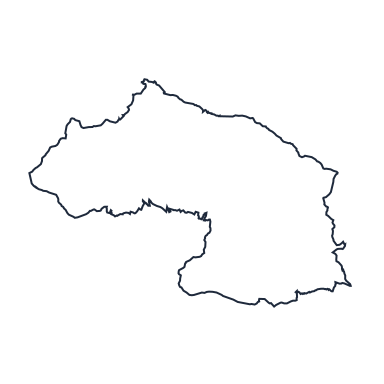 Seica Mare, Sibiu, Romania, rotated 3°
{"feature_id": "2599482B70299746914609", "entity_name": "Seica Mare", "entity_type": "district", "adm_level": 2, "iso_a3": "ROU", "parent_name": "Romania", "parent_adm1": "Sibiu", "projection": "albers", "projection_center": [24.21, 46.002], "detail": "fine", "context": "isolated", "style": "outline", "palette": "slate", "viewbox_px": 384, "rotation_deg": 3, "n_neighbors": 0, "source": "geoboundaries", "source_scale": "gbopen_adm2", "svg_char_len": 6051}
<svg xmlns="http://www.w3.org/2000/svg" viewBox="0 0 384 384"><g transform="rotate(3 192 192)"><path d="M337.7,283.8L338.7,280.0L340.0,278.2L339.9,277.3L340.5,276.1L340.0,275.3L339.9,274.5L344.1,275.8L346.0,275.6L346.8,275.0L348.9,275.3L354.7,277.5L355.4,277.4L354.7,275.7L350.6,272.5L349.5,270.8L349.4,267.3L348.5,265.6L348.0,263.6L347.3,262.7L347.0,261.4L346.6,261.1L346.2,262.0L345.8,261.0L345.7,259.2L345.2,257.7L342.0,254.5L339.9,253.6L339.6,252.0L339.7,247.9L338.4,246.3L335.7,245.0L339.4,241.8L340.6,241.2L344.3,240.8L345.0,241.1L345.8,240.8L347.6,237.9L347.7,236.3L347.2,236.7L345.5,233.8L344.2,235.3L342.1,237.0L339.3,237.5L335.9,233.3L335.7,232.0L334.5,229.6L334.2,228.3L334.7,226.8L334.8,223.5L334.1,221.7L336.0,219.7L336.0,217.9L334.5,216.3L333.9,215.2L334.6,212.7L332.6,211.7L329.3,208.8L327.3,207.7L327.3,205.0L328.2,203.3L328.1,202.0L328.6,200.5L328.2,199.8L326.8,199.5L324.8,197.5L324.9,195.8L323.4,191.3L323.6,190.9L326.1,190.1L329.2,187.1L330.7,184.8L332.6,174.6L332.7,171.5L334.2,168.1L335.3,166.5L336.2,166.1L336.4,165.1L335.4,164.2L332.1,163.4L329.2,162.1L324.8,161.7L323.2,162.0L321.9,161.6L320.0,157.8L318.6,156.3L316.6,155.1L315.4,154.9L313.6,153.0L309.7,150.9L302.9,149.9L302.1,150.6L300.0,151.5L297.4,150.4L296.2,147.8L296.1,147.0L294.1,145.0L294.2,143.4L290.5,140.0L290.0,139.0L287.9,138.5L287.3,137.9L285.9,138.2L280.6,136.9L278.3,134.6L278.0,133.6L273.4,131.2L271.6,129.4L269.2,127.6L265.7,126.0L264.9,124.9L263.8,124.5L262.6,123.4L262.3,122.7L259.2,122.6L256.1,119.9L253.2,119.8L251.4,118.9L249.3,115.4L248.7,114.9L246.2,115.4L241.8,113.7L238.1,113.1L234.7,113.5L231.4,113.2L228.8,114.5L215.2,114.9L215.3,114.5L214.6,114.8L213.7,114.4L212.3,114.5L210.2,113.4L207.4,113.0L207.4,112.4L204.9,112.2L204.0,111.2L203.4,112.1L202.7,111.5L202.7,111.0L201.8,109.8L200.9,109.4L198.8,111.3L198.9,110.0L197.8,108.6L194.9,106.2L192.2,105.6L191.7,105.0L190.1,105.1L189.4,104.4L188.6,104.0L180.5,103.0L178.9,102.3L176.6,100.4L175.3,100.1L173.3,98.5L172.8,97.6L170.9,96.7L167.8,96.1L165.4,96.4L158.9,95.1L158.6,94.5L159.5,93.6L153.6,87.4L151.0,86.5L150.5,85.8L150.2,84.5L148.9,83.4L148.3,83.9L148.4,84.5L148.1,84.9L146.3,84.2L142.9,84.0L141.4,82.3L138.6,81.9L138.1,83.0L138.1,84.1L136.1,84.8L136.1,85.2L137.2,85.2L137.5,86.3L138.1,86.6L139.8,86.6L140.2,87.6L140.4,89.3L139.8,89.6L139.8,90.7L138.2,92.2L135.7,96.4L131.6,96.6L129.4,97.9L127.2,97.7L128.5,98.5L128.4,103.6L126.9,107.6L123.3,110.6L124.4,111.9L124.8,113.3L123.5,115.6L121.0,117.6L119.9,119.2L119.5,118.7L118.9,118.8L119.7,119.8L116.5,123.4L115.8,123.5L115.4,122.8L115.3,123.7L114.6,124.1L114.0,125.5L112.0,126.8L106.3,125.7L103.7,124.3L102.2,124.4L99.1,128.5L97.4,130.2L92.2,131.4L90.5,131.3L89.2,132.3L85.4,132.6L80.3,133.8L78.3,133.0L77.2,131.0L75.8,127.2L71.7,126.3L70.5,125.1L68.4,124.7L67.7,125.0L67.1,125.7L66.5,128.4L64.2,131.0L63.3,132.7L62.4,140.0L63.4,141.3L63.0,145.1L60.0,145.0L58.1,145.7L56.6,148.0L56.5,149.2L55.0,151.9L53.2,153.2L49.5,154.1L48.0,155.0L46.7,158.4L43.9,162.1L43.7,163.0L40.7,165.8L40.5,166.6L40.6,168.9L39.6,172.1L35.9,175.5L34.6,176.2L32.5,178.3L31.4,180.0L28.6,181.6L31.5,191.9L33.7,194.2L35.3,194.8L36.7,195.8L36.1,195.8L36.4,196.0L39.1,197.3L41.9,197.9L43.3,198.6L46.8,198.8L49.3,200.0L56.5,201.9L58.6,205.3L58.9,206.4L58.9,208.4L59.6,209.6L62.0,211.5L62.6,212.9L64.0,213.5L64.8,214.5L64.9,215.0L66.7,216.4L68.7,219.6L70.2,221.1L75.0,223.0L76.3,223.9L79.1,223.3L87.4,219.7L89.6,218.1L91.0,216.2L91.9,216.2L94.6,214.6L95.5,214.5L98.0,216.1L101.0,215.7L101.9,215.2L102.6,213.5L105.1,211.4L105.7,211.3L107.7,211.2L107.4,212.3L107.8,213.1L107.9,215.8L108.4,216.9L110.9,217.4L111.9,214.4L112.6,215.0L111.9,216.5L112.9,217.2L112.6,218.4L115.1,219.3L116.4,220.4L118.2,219.4L118.6,219.7L121.5,217.8L124.0,217.9L124.1,217.3L124.8,216.8L127.2,216.0L129.7,216.2L131.2,217.2L131.7,214.9L134.2,215.5L135.6,216.3L136.6,216.1L138.2,214.2L139.9,211.1L141.4,212.3L142.3,212.4L143.5,208.7L145.0,205.7L143.4,203.8L143.4,203.0L147.0,206.1L147.2,205.9L149.0,208.0L150.6,207.9L149.6,204.4L149.8,204.2L149.5,203.4L149.7,201.9L150.9,203.1L150.6,203.2L151.4,204.3L153.7,206.1L157.7,207.8L161.3,208.7L163.3,209.8L167.3,213.1L167.9,208.3L170.3,213.3L171.5,212.6L170.4,209.9L174.2,210.8L174.4,211.1L176.5,211.0L178.0,211.5L180.4,210.2L181.7,212.5L182.8,211.4L184.3,210.8L186.3,212.9L187.8,213.0L189.0,212.1L193.0,212.9L195.5,214.3L196.7,211.6L199.5,212.3L199.3,215.0L200.0,215.7L200.2,217.1L199.9,217.8L200.2,218.2L201.8,218.2L202.7,218.8L203.5,218.4L203.7,216.9L204.4,216.2L204.8,214.3L205.8,214.1L205.7,212.8L207.5,212.0L207.2,215.2L206.1,217.3L205.3,219.7L206.1,219.8L206.5,219.2L206.9,219.7L207.4,219.3L209.3,219.5L210.4,218.6L211.3,218.6L211.9,220.6L211.6,225.9L212.3,227.1L212.5,229.6L211.5,231.8L210.1,232.6L209.2,234.2L208.0,235.0L207.3,236.6L207.5,237.5L206.8,239.3L208.1,241.2L208.1,246.1L206.8,249.0L207.4,252.3L205.5,253.7L204.5,255.5L203.1,256.3L198.9,257.1L196.8,256.9L193.4,260.3L190.3,261.9L189.6,262.4L189.5,263.2L188.9,263.7L188.4,267.2L187.2,268.3L183.2,270.7L182.9,271.7L182.8,273.9L183.3,274.7L185.2,275.8L184.7,279.0L184.7,281.2L183.5,284.0L184.2,286.1L185.2,287.6L186.4,287.8L188.7,291.0L191.9,292.7L194.8,294.9L197.2,295.1L199.4,294.7L207.1,291.9L209.8,292.1L212.0,291.0L214.3,290.6L217.9,290.6L221.8,291.1L227.0,293.2L228.4,294.2L238.9,297.3L243.4,299.4L255.7,301.1L257.2,300.7L260.5,301.1L262.5,299.9L263.4,298.5L264.8,297.8L264.5,296.8L264.8,295.2L270.2,295.1L274.4,298.6L275.6,299.2L276.7,298.8L280.0,302.1L281.9,300.4L286.2,297.9L287.4,297.7L289.8,298.4L292.6,298.3L296.4,296.1L298.6,295.2L300.9,295.1L302.2,294.5L302.0,292.4L302.4,291.6L302.3,290.3L302.0,287.8L301.6,287.3L302.1,287.0L300.9,286.5L301.9,285.4L302.0,286.3L303.4,286.0L304.6,286.7L305.8,288.2L307.0,287.5L307.9,288.0L308.3,287.5L309.1,287.8L309.5,287.1L311.4,287.4L314.3,285.6L315.0,286.2L317.0,285.1L319.3,284.6L320.3,283.7L320.9,283.7L322.4,282.6L325.7,281.9L328.7,281.7L329.3,282.0L330.5,281.9L331.2,282.3L332.3,281.6L333.1,281.8L333.5,282.6L333.9,282.3L333.9,281.9L334.2,281.9L335.8,283.4L336.9,283.9L337.7,283.8Z" fill="none" stroke="#1e293b" stroke-width="2"/></g></svg>